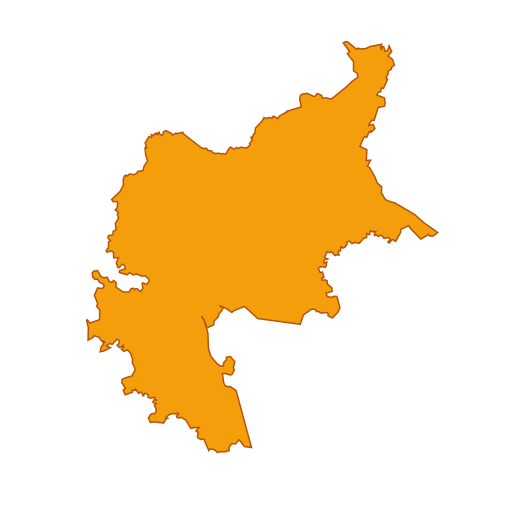 Ērgļu pag., Erglu, Latvia (Albers equal-area conic projection), rotated 75°
{"feature_id": "27541924B50844448194211", "entity_name": "Ērgļu pag.", "entity_type": "district", "adm_level": 2, "iso_a3": "LVA", "parent_name": "Latvia", "parent_adm1": "Erglu", "projection": "albers", "projection_center": [25.617, 56.923], "detail": "fine", "context": "isolated", "style": "filled", "palette": "amber", "viewbox_px": 512, "rotation_deg": 75, "n_neighbors": 0, "source": "geoboundaries", "source_scale": "gbopen_adm2", "svg_char_len": 6086}
<svg xmlns="http://www.w3.org/2000/svg" viewBox="0 0 512 512"><g transform="rotate(75 256 256)"><path d="M164.0,380.8L166.6,380.0L167.3,376.6L168.7,375.7L173.6,377.7L175.2,380.1L177.9,377.8L180.4,379.3L183.7,378.8L188.1,383.4L194.6,384.5L195.2,387.6L198.6,388.7L198.1,392.7L198.8,393.8L201.0,394.1L203.6,392.6L204.3,394.8L209.8,396.4L211.6,399.0L213.0,399.4L213.8,398.7L213.6,394.8L214.1,393.7L215.9,392.8L221.0,394.0L221.9,389.2L226.3,392.7L231.3,392.4L231.9,391.1L229.3,387.5L229.9,386.3L231.8,385.4L234.6,385.7L234.9,391.7L236.6,392.2L240.6,385.8L240.6,384.7L239.3,382.7L242.5,379.4L242.2,377.3L242.7,375.7L246.0,371.3L246.3,368.5L250.5,365.6L252.4,365.5L255.2,368.8L252.7,372.1L252.9,373.1L257.8,373.6L260.6,376.6L256.7,379.4L256.5,381.2L257.1,382.3L255.4,382.9L255.2,385.1L258.0,388.1L256.2,393.9L249.8,399.3L245.8,398.0L242.8,399.7L244.0,402.1L242.8,404.3L237.9,405.2L237.9,408.1L235.9,411.0L229.1,412.8L228.6,416.7L229.8,418.5L234.0,419.2L236.9,417.6L237.4,415.0L240.9,414.0L243.2,411.0L245.6,410.4L247.3,412.0L247.3,414.0L245.8,417.2L252.1,422.2L261.1,421.3L263.3,423.0L267.7,421.0L277.0,423.6L277.8,433.8L273.9,435.5L274.6,436.3L281.8,436.5L293.8,440.0L292.5,434.6L291.0,433.1L293.5,429.1L298.3,427.0L298.1,426.1L299.2,424.8L300.4,424.5L299.8,426.1L302.3,426.3L302.6,427.9L304.2,429.3L308.2,431.3L308.4,427.3L306.8,420.3L304.0,423.8L302.7,419.9L304.2,417.8L300.2,411.7L301.6,410.5L304.4,410.3L306.5,413.3L309.2,411.4L309.1,409.6L307.9,407.2L309.7,407.3L311.3,410.1L313.9,408.3L313.3,404.7L317.3,402.4L323.9,401.9L326.9,403.1L333.1,402.0L335.0,402.5L339.8,406.9L339.8,413.1L340.6,417.3L343.4,418.4L350.2,416.4L351.2,419.0L356.2,418.3L355.7,410.9L353.5,410.2L354.5,407.9L353.2,406.9L358.4,404.9L357.6,402.6L358.2,401.7L361.9,401.4L361.9,400.7L359.8,399.1L360.0,398.1L362.6,396.0L364.4,396.9L366.0,394.8L366.2,390.5L369.3,389.9L368.3,391.7L370.6,393.5L372.7,390.5L373.6,392.7L379.0,392.1L381.1,393.4L382.1,395.4L381.3,396.8L381.6,398.5L384.6,401.9L389.5,401.0L389.9,397.3L393.5,388.4L390.1,385.1L390.0,383.6L388.8,384.9L386.6,380.5L386.7,376.4L387.5,375.5L387.6,371.9L388.7,371.7L389.7,374.1L391.1,374.3L392.4,372.9L392.5,370.0L396.4,366.2L405.3,363.8L406.0,362.6L405.5,361.5L406.9,355.4L409.5,359.3L411.4,357.6L416.1,359.5L418.8,357.1L419.3,353.8L431.8,351.9L430.3,350.5L432.3,346.4L435.9,344.0L435.7,342.0L437.3,335.5L436.6,334.3L437.1,332.3L433.9,331.5L431.0,328.2L432.2,324.5L429.1,319.9L437.0,316.5L439.9,309.9L380.7,310.1L375.1,315.0L375.4,316.7L372.9,319.6L370.3,320.0L361.0,318.9L361.5,316.2L364.3,311.6L364.2,309.8L360.3,306.3L358.1,306.8L352.7,303.9L346.5,306.7L346.1,310.7L348.4,311.4L350.8,315.0L353.8,315.9L353.0,319.0L349.5,321.7L341.1,325.6L333.3,325.9L317.8,322.4L304.6,322.8L301.1,324.3L300.8,324.0L303.8,322.8L312.8,321.9L311.6,314.9L308.0,313.3L305.0,308.2L302.4,306.8L299.5,302.7L297.2,300.9L295.4,303.8L294.8,303.5L299.5,297.9L304.2,294.0L303.0,290.9L301.8,280.1L316.9,270.5L333.4,230.9L325.3,225.6L321.9,216.7L321.9,215.1L322.8,212.9L325.4,211.8L325.9,209.6L327.3,208.9L328.2,207.0L328.9,202.2L330.5,201.3L332.3,201.9L335.6,198.3L331.6,191.5L327.8,188.4L317.1,188.2L315.6,188.9L315.1,191.6L315.5,194.0L313.6,197.6L310.1,198.0L309.9,191.6L306.2,191.0L301.6,194.2L298.3,193.7L296.9,195.4L296.7,197.7L296.1,198.4L294.4,198.4L294.4,195.9L289.7,195.9L288.5,196.2L288.9,197.8L288.3,198.4L284.3,199.0L283.4,197.7L283.3,194.7L284.9,192.4L283.9,190.8L280.1,189.2L280.5,191.5L279.7,192.5L277.6,191.0L277.4,187.5L275.1,190.4L270.4,186.0L271.9,183.7L271.3,182.0L275.8,179.7L276.1,179.1L275.6,178.1L276.6,175.6L273.4,175.4L272.3,174.5L272.9,173.2L272.6,172.8L269.2,171.8L269.0,171.0L270.8,170.2L270.6,167.9L268.2,165.1L265.8,164.4L265.9,161.9L269.0,160.1L268.4,157.4L270.4,152.9L267.0,147.8L266.7,144.3L263.0,143.3L264.8,140.7L261.0,139.0L263.2,136.7L262.8,135.6L263.4,134.0L266.1,136.4L267.0,136.2L266.9,134.2L268.8,132.7L268.1,129.6L272.0,127.9L272.4,126.8L271.9,124.9L273.4,122.4L275.2,122.6L276.6,124.9L277.9,124.0L275.5,120.3L276.0,118.8L277.6,118.3L277.7,116.9L270.5,110.1L267.8,109.4L266.3,100.6L269.4,99.7L282.3,92.5L280.0,83.8L281.9,82.8L282.5,79.5L280.3,74.4L267.8,84.9L256.6,92.4L240.8,108.0L236.5,114.8L234.4,116.7L227.2,118.5L221.7,116.7L216.5,120.1L210.7,120.6L200.1,123.3L198.1,125.2L193.1,120.6L192.3,124.8L182.0,121.4L177.0,127.2L169.3,121.2L168.9,120.0L170.1,118.4L165.3,114.5L166.3,113.0L165.0,112.6L165.7,111.4L163.7,108.2L159.2,108.8L159.3,113.3L158.5,113.2L154.7,108.9L155.6,106.8L144.2,99.6L144.6,93.3L142.4,91.9L136.6,91.0L131.7,97.7L129.4,95.2L129.8,93.3L126.3,91.3L127.1,89.5L119.4,83.2L117.6,84.3L114.1,81.1L111.8,80.7L110.6,76.9L108.7,76.0L107.4,72.9L101.3,73.3L97.0,76.7L93.7,72.0L87.5,73.0L91.5,75.4L91.8,78.3L86.8,78.5L86.5,80.5L89.1,81.2L88.6,81.6L87.2,81.8L84.0,79.8L83.2,91.5L84.0,96.4L83.1,101.4L81.6,103.6L82.4,105.3L72.7,112.2L72.1,114.0L72.8,116.6L82.6,112.7L84.3,115.4L93.5,111.5L102.3,113.9L105.8,111.0L109.6,111.2L112.2,118.1L116.2,125.3L123.9,142.7L121.7,146.6L120.5,151.4L118.6,150.9L116.6,152.3L114.9,155.2L116.8,157.1L117.0,158.7L112.2,164.3L111.6,168.8L112.2,171.3L115.6,173.2L123.7,173.7L124.2,189.0L124.9,188.9L126.6,196.5L128.9,199.6L125.6,202.4L125.9,204.1L127.1,204.8L125.4,208.0L126.1,210.1L124.3,212.4L127.1,215.0L132.3,223.4L137.1,225.3L137.9,227.0L139.7,228.1L139.6,228.9L140.8,229.0L140.4,230.1L143.3,229.9L145.7,233.2L147.0,232.8L149.4,237.1L147.0,242.4L147.4,244.9L146.2,246.5L147.2,249.6L144.2,252.5L146.0,255.3L149.0,257.9L149.5,259.5L148.2,262.4L148.1,263.9L146.9,265.6L146.6,268.4L145.0,271.1L143.1,271.7L141.5,275.0L139.0,276.2L138.4,279.4L136.3,281.6L118.8,294.8L117.6,294.6L117.3,301.3L116.6,301.5L117.6,305.2L115.4,306.2L111.7,310.6L111.9,313.0L115.5,315.3L113.7,317.2L111.3,317.6L112.3,319.6L113.2,319.7L112.8,320.6L111.5,320.6L111.9,322.7L113.0,323.9L111.8,325.8L113.8,325.7L114.0,327.3L112.9,328.5L118.1,333.8L123.0,333.7L122.5,334.9L123.0,335.3L130.4,336.5L136.0,336.1L140.4,341.0L144.2,342.9L143.7,348.4L145.4,349.9L145.8,353.3L144.0,356.6L145.3,360.1L144.2,360.9L144.9,361.4L144.7,362.4L148.4,364.8L152.7,365.4L158.4,370.5L164.0,380.8Z" fill="#f59e0b" stroke="#b45309" stroke-width="1.5"/></g></svg>